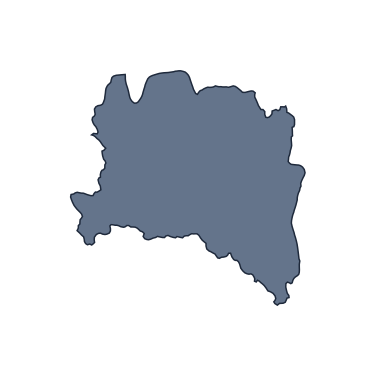 Carmo do Rio Claro, Minas Gerais, Brazil, rotated 340°
{"feature_id": "56859067B34842563425627", "entity_name": "Carmo do Rio Claro", "entity_type": "district", "adm_level": 2, "iso_a3": "BRA", "parent_name": "Brazil", "parent_adm1": "Minas Gerais", "projection": "equal_earth", "projection_center": [-46.114, -20.993], "detail": "fine", "context": "isolated", "style": "filled", "palette": "slate", "viewbox_px": 384, "rotation_deg": 340, "n_neighbors": 0, "source": "geoboundaries", "source_scale": "gbopen_adm2", "svg_char_len": 5144}
<svg xmlns="http://www.w3.org/2000/svg" viewBox="0 0 384 384"><g transform="rotate(340 192 192)"><path d="M269.7,293.7L269.7,291.3L270.2,289.2L270.7,287.1L271.2,284.9L271.8,282.3L272.3,280.0L272.9,276.9L273.3,273.8L273.6,270.3L273.7,267.5L274.0,265.1L274.1,261.8L274.3,258.5L274.7,255.3L275.7,253.0L276.7,251.3L277.7,249.7L279.0,247.8L280.7,245.8L281.9,244.0L283.3,242.3L285.2,239.8L286.9,237.3L288.2,235.4L288.9,233.5L290.0,231.6L291.7,229.3L293.7,227.3L294.9,225.2L296.4,223.8L297.1,221.1L298.7,219.1L299.9,217.9L301.4,216.4L303.1,214.9L304.8,212.6L305.2,209.2L304.4,206.4L303.1,204.5L301.5,203.2L299.7,202.4L297.8,201.5L296.0,200.6L294.6,199.9L293.5,198.3L292.8,196.3L293.8,194.4L294.8,192.2L296.2,190.6L297.5,188.7L298.6,186.7L300.2,184.6L301.5,182.5L302.3,179.8L303.1,176.8L304.2,174.2L305.7,173.6L306.2,171.8L307.0,169.5L307.6,167.6L308.2,165.5L310.1,165.4L311.4,163.7L312.3,161.3L313.1,159.1L313.2,156.4L312.3,154.6L311.0,152.6L309.8,150.8L308.4,149.6L309.4,146.2L309.4,143.3L307.9,143.7L306.5,143.0L304.5,142.3L302.7,144.7L300.7,145.0L299.1,143.2L296.9,143.3L295.0,143.3L293.8,146.0L291.8,147.3L290.0,148.0L288.3,147.9L286.9,147.0L286.9,144.0L287.9,141.3L286.9,138.8L284.9,138.0L284.5,135.8L284.0,133.7L283.9,130.2L283.7,126.9L283.4,124.3L284.2,122.0L285.3,120.4L283.9,118.1L282.2,117.3L280.2,117.0L276.0,116.6L273.5,115.6L272.5,113.4L271.3,111.4L270.2,109.5L268.8,107.6L267.0,106.4L264.8,106.3L262.1,106.1L260.1,104.9L258.7,104.5L256.8,103.8L255.2,102.9L253.3,102.3L251.7,101.3L250.3,100.3L248.3,100.6L246.6,100.4L244.5,99.8L242.6,98.9L240.5,98.9L238.4,99.1L236.4,99.6L234.3,99.6L232.4,100.6L230.5,102.1L229.1,100.7L228.8,98.3L228.5,96.1L228.6,93.9L228.6,90.4L228.7,86.5L228.8,83.5L228.5,81.0L227.7,78.9L226.7,77.1L225.0,75.7L222.7,74.2L220.6,73.5L219.1,73.2L217.6,72.8L215.9,72.7L213.9,72.3L212.0,71.9L210.5,71.6L208.8,71.1L206.5,70.4L204.4,69.9L201.9,69.4L199.3,69.2L197.2,69.1L195.1,69.0L193.0,69.1L191.3,69.4L189.2,70.5L187.3,72.4L185.9,73.9L184.6,75.4L183.5,77.1L182.3,78.6L181.2,80.1L179.9,81.9L178.9,83.4L177.4,85.1L175.9,86.4L173.8,87.9L172.1,89.0L170.2,89.4L168.2,88.8L166.7,86.5L166.0,83.8L165.9,81.8L166.2,79.2L166.7,75.7L167.0,72.1L167.1,68.1L167.5,65.1L168.0,63.0L168.8,60.8L169.4,58.7L167.2,58.1L165.4,57.6L163.4,57.1L160.7,56.4L157.8,56.3L155.9,57.1L154.5,59.0L153.2,61.1L151.5,62.0L150.0,62.5L148.6,63.4L146.7,65.2L145.5,67.2L144.4,69.5L142.9,72.3L141.6,74.9L140.4,76.3L139.3,77.6L137.9,78.9L135.7,79.2L133.1,78.7L130.7,79.1L128.7,80.7L128.1,83.0L127.6,85.9L126.1,87.3L124.1,87.9L122.8,90.0L122.7,93.1L123.1,95.5L124.0,97.8L124.4,100.9L124.2,103.6L122.8,104.9L121.1,104.1L119.5,103.3L117.2,104.0L118.7,105.1L120.0,106.9L121.0,109.2L122.3,111.3L123.1,113.4L123.6,115.6L124.2,117.9L125.9,121.3L123.4,122.7L121.4,122.8L120.9,124.8L120.4,127.4L120.2,130.9L121.0,133.2L121.0,135.3L119.4,136.7L118.2,139.8L116.4,140.8L114.9,140.8L113.3,142.0L111.8,144.3L111.0,146.8L109.5,146.9L107.9,148.4L107.5,152.1L107.9,154.9L107.1,158.8L104.6,159.4L102.7,159.7L101.2,159.0L99.5,159.9L97.8,161.5L95.8,160.9L94.1,159.7L92.6,158.6L91.1,157.3L89.6,156.0L87.8,155.3L85.9,154.2L84.0,153.0L81.9,152.9L80.2,153.4L77.5,153.0L76.2,155.2L76.1,157.7L76.2,160.7L76.6,164.3L77.3,166.6L78.0,168.7L79.1,171.1L79.9,172.8L80.7,174.9L80.7,177.5L79.1,178.8L77.4,179.8L76.5,181.7L75.7,183.7L73.7,184.7L72.8,187.1L70.8,189.0L72.5,192.3L73.5,194.7L74.8,197.0L74.6,199.4L74.0,201.8L74.4,204.1L75.7,205.8L78.1,205.9L79.6,207.5L81.2,207.0L83.2,206.1L83.7,203.6L84.8,201.1L87.6,199.2L90.0,198.9L91.9,199.4L93.7,201.1L95.7,202.2L97.6,202.5L100.3,202.3L102.0,200.7L102.8,198.7L103.2,195.8L104.8,195.0L106.5,195.8L108.5,197.0L110.0,197.5L111.7,198.7L113.0,200.1L114.4,201.0L115.9,201.8L117.5,201.8L119.3,201.2L121.1,201.9L122.5,203.9L124.8,204.8L126.6,205.6L127.9,206.9L128.9,208.5L130.0,210.9L131.8,212.4L132.9,214.6L130.9,217.1L131.6,219.7L133.3,221.2L134.8,222.0L137.0,222.2L139.8,222.0L142.2,222.3L144.3,221.9L146.2,223.1L148.6,224.6L150.6,225.4L152.4,224.4L154.6,224.6L156.4,226.4L158.8,228.2L160.9,229.4L162.6,228.7L163.9,229.5L165.5,230.6L167.5,231.8L169.6,230.8L171.6,231.1L173.4,231.8L175.4,231.3L177.5,231.1L179.1,231.9L180.8,232.4L182.5,233.1L183.7,235.1L184.3,238.1L185.1,240.7L186.1,242.5L187.6,245.0L186.7,247.6L186.4,250.6L187.8,253.2L189.3,254.6L190.7,256.3L192.4,258.1L193.0,260.5L193.6,262.7L195.1,263.7L197.4,263.4L199.7,264.0L202.1,264.2L203.8,263.6L205.4,262.1L207.3,262.7L207.3,266.6L208.1,269.7L209.2,271.0L210.8,271.6L211.8,273.4L212.1,275.7L212.0,277.7L211.8,280.4L212.7,283.4L214.0,286.0L215.8,287.7L217.4,288.7L219.4,289.1L220.7,290.5L221.2,292.9L221.3,295.0L220.2,297.2L221.6,298.5L223.3,297.3L224.7,298.7L225.5,300.4L226.8,302.5L227.9,304.7L228.8,307.7L229.5,310.9L231.5,312.5L233.5,314.9L234.5,318.0L234.3,320.7L232.9,322.3L231.3,323.2L231.7,325.1L233.5,327.5L236.2,326.6L237.9,327.2L239.7,327.7L241.9,327.5L243.6,325.8L245.0,324.2L247.1,324.4L247.6,322.3L246.9,319.9L247.1,317.1L247.6,313.4L248.9,310.2L250.8,309.3L252.3,310.5L253.5,311.9L255.1,311.6L256.4,309.7L258.1,308.1L260.0,307.2L262.6,306.6L264.2,305.8L265.3,304.2L266.3,301.9L267.2,299.1L268.1,296.6L269.7,293.7Z" fill="#64748b" stroke="#1e293b" stroke-width="1.5"/></g></svg>